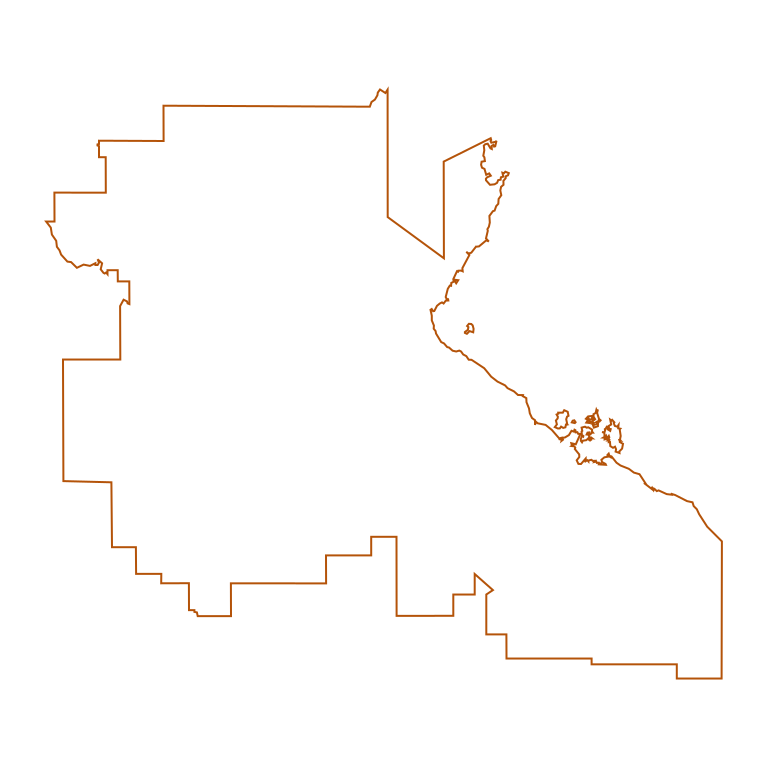 the district of Roper Gulf, Northern Territory, Australia
{"feature_id": "25037944B80645640934935", "entity_name": "Roper Gulf", "entity_type": "district", "adm_level": 2, "iso_a3": "AUS", "parent_name": "Australia", "parent_adm1": "Northern Territory", "projection": "robinson", "projection_center": [136.103, -15.306], "detail": "fine", "context": "isolated", "style": "outline", "palette": "amber", "viewbox_px": 768, "rotation_deg": 0, "n_neighbors": 0, "source": "geoboundaries", "source_scale": "gbopen_adm2", "svg_char_len": 6104}
<svg xmlns="http://www.w3.org/2000/svg" viewBox="0 0 768 768"><path d="M721.9,541.4L707.2,526.7L699.2,514.3L696.8,509.2L693.7,506.1L692.5,502.3L687.0,501.1L675.1,495.0L670.7,493.6L673.2,494.9L666.7,494.1L658.6,490.4L656.8,491.1L654.4,488.8L650.9,487.4L653.0,488.7L653.5,489.5L653.9,489.5L653.6,490.2L652.8,488.8L652.7,489.7L644.0,483.0L645.6,483.5L639.5,474.2L633.9,472.6L628.8,468.8L620.5,465.5L616.5,462.7L611.5,456.4L610.9,456.0L611.8,457.2L611.1,456.7L611.0,457.4L609.7,456.7L608.7,453.6L607.4,455.0L607.9,456.7L604.4,457.3L601.4,459.8L602.1,462.1L605.5,463.9L605.9,464.8L600.5,464.5L600.9,463.5L599.2,463.1L599.0,463.8L598.7,464.0L598.6,462.7L596.8,462.9L596.3,461.6L594.3,462.0L595.1,460.8L592.8,460.9L591.4,459.8L588.4,460.5L588.4,461.4L587.3,460.2L584.5,462.0L585.8,460.7L585.7,458.5L581.0,464.0L578.4,463.9L576.7,460.3L579.3,457.0L579.2,454.4L574.8,449.0L575.3,447.8L574.4,446.4L571.5,446.0L573.0,444.8L571.6,444.4L571.3,443.2L575.8,444.3L580.4,433.9L578.2,433.9L577.4,432.2L575.7,432.4L575.4,430.2L574.5,429.7L573.8,431.6L571.5,430.8L568.9,435.1L564.9,437.5L562.0,437.8L563.0,439.7L561.6,440.8L561.9,439.7L559.9,439.3L560.7,438.0L559.2,438.4L551.9,430.0L545.6,424.9L537.7,423.3L536.0,421.8L535.0,424.9L535.0,420.2L532.0,418.0L529.8,413.3L529.0,408.4L526.5,402.2L526.3,398.1L522.7,396.1L523.0,395.1L518.0,395.0L514.0,391.4L507.6,388.2L505.1,385.4L497.5,381.6L491.2,376.7L484.2,368.2L471.5,359.8L468.7,359.7L466.3,356.1L463.2,354.5L461.1,351.5L459.3,350.6L456.2,351.5L452.6,350.7L449.0,347.5L447.2,347.1L444.0,343.4L441.2,342.1L436.0,333.5L435.6,331.1L433.7,328.7L433.9,325.5L431.8,320.4L431.8,315.7L430.5,309.8L431.7,309.0L433.1,311.2L434.3,311.0L437.0,305.8L439.8,303.5L442.0,302.4L443.6,303.5L445.8,300.6L448.3,300.5L448.1,299.2L446.7,299.0L445.7,297.0L447.8,288.8L449.8,285.6L451.1,285.8L451.3,282.9L453.7,281.7L453.3,279.1L457.0,271.2L458.0,271.7L458.3,270.7L461.1,270.6L462.7,271.3L462.4,268.1L469.4,255.0L466.3,251.8L468.6,253.5L471.3,252.7L476.5,246.0L476.2,246.7L479.0,246.4L486.3,240.3L488.8,241.5L486.0,238.4L487.8,230.8L487.4,229.2L488.9,226.7L489.8,222.6L489.4,215.9L492.9,211.2L494.6,210.6L496.2,206.1L498.3,203.8L498.6,199.0L501.3,195.2L500.3,190.5L501.1,186.8L503.5,184.8L503.4,180.9L505.7,178.1L505.7,176.3L508.0,175.3L508.8,173.1L505.3,171.7L504.0,173.2L502.4,172.7L503.3,176.6L500.9,177.3L500.6,179.7L498.2,180.1L497.1,182.8L494.6,184.3L490.0,184.8L486.0,180.3L485.9,178.8L487.1,177.3L490.8,175.7L489.2,173.4L486.2,174.8L484.5,168.9L482.0,167.7L481.1,164.8L481.6,161.7L484.9,161.1L484.4,157.3L483.3,155.8L484.3,150.3L483.8,145.6L485.3,144.2L487.7,143.7L490.5,148.4L491.8,149.0L491.6,145.9L493.4,144.9L494.1,146.6L495.2,146.3L496.5,140.8L495.6,141.8L491.3,142.7L490.5,141.0L491.2,140.0L490.7,138.2L443.7,161.6L443.9,258.3L387.7,217.1L387.6,89.6L385.4,93.0L380.0,89.5L377.8,92.6L377.4,95.3L374.9,99.6L371.5,102.0L369.8,106.7L163.5,105.7L163.6,141.0L99.0,140.7L99.0,144.0L97.5,144.4L97.5,145.5L99.0,146.1L99.0,157.2L105.7,157.2L105.8,192.7L54.4,192.6L54.5,221.5L46.1,221.5L50.8,227.6L51.9,234.6L56.2,240.8L56.9,246.8L59.5,250.3L61.1,254.6L67.4,261.6L71.1,262.1L76.9,267.8L83.6,264.6L90.0,265.9L95.4,263.2L95.4,265.0L97.6,265.0L99.0,262.6L97.6,259.3L102.1,263.3L100.7,269.3L103.5,272.9L104.7,273.5L106.1,272.5L107.5,274.2L107.5,270.2L117.7,270.2L117.8,281.4L129.3,281.4L129.4,304.1L127.6,303.4L127.0,301.4L123.6,299.7L120.1,306.1L120.3,359.5L63.0,359.5L63.4,481.1L111.4,482.3L112.0,547.2L135.9,547.2L136.1,573.9L161.3,573.9L161.2,583.3L188.9,583.2L189.0,610.1L194.4,610.1L194.4,611.9L196.9,612.4L197.7,616.1L231.0,616.1L230.9,583.3L326.1,583.4L326.0,555.4L371.2,555.4L371.2,536.8L396.5,536.8L396.6,615.9L453.3,615.8L453.3,594.5L474.7,594.5L474.7,574.0L492.9,590.1L486.3,594.5L486.3,634.4L506.4,634.4L506.5,658.5L591.6,658.5L591.6,664.3L676.8,664.3L676.8,678.5L721.6,678.5L721.9,541.4ZM604.6,439.4L606.2,439.0L605.3,436.6L606.1,435.6L607.1,438.2L608.8,435.9L609.3,437.3L608.3,439.1L609.0,439.5L607.8,440.6L609.2,440.7L608.8,442.2L610.0,442.1L610.3,446.1L613.0,447.8L615.0,446.7L616.1,449.3L615.6,451.6L619.5,453.0L619.3,451.5L622.1,448.6L623.0,443.8L619.9,442.1L620.1,440.7L619.6,440.8L619.4,440.2L620.4,440.4L619.9,439.9L620.7,436.0L619.7,429.4L620.3,428.7L618.2,428.3L618.5,425.0L617.3,426.7L614.8,425.9L613.7,422.9L614.3,422.3L612.2,419.9L611.6,420.6L610.2,419.6L611.2,424.5L608.6,426.0L609.1,428.7L610.7,429.1L610.2,430.9L607.8,429.4L608.0,427.3L606.8,426.7L605.5,429.0L604.1,429.3L605.3,429.6L604.5,432.3L602.1,432.0L604.4,432.9L604.5,436.9L603.3,437.6L604.8,437.7L604.6,439.4ZM568.5,415.8L567.7,411.8L564.2,410.2L562.8,412.7L558.2,412.7L558.3,413.7L556.6,414.5L557.9,416.8L557.6,418.5L555.9,420.5L556.9,424.4L554.8,427.1L557.9,428.5L559.8,428.4L561.1,426.6L563.2,427.9L565.4,427.3L565.9,424.9L567.1,424.6L566.4,424.1L567.1,423.5L566.2,419.2L567.1,416.6L568.5,415.8ZM585.0,426.7L581.6,427.6L582.3,430.9L581.6,431.5L581.8,434.0L581.0,434.4L583.4,436.0L583.2,436.7L582.0,435.9L580.8,438.9L580.9,440.9L582.0,442.3L582.8,440.7L586.2,440.2L589.4,437.4L588.7,434.8L586.6,434.5L587.5,432.6L589.3,432.4L589.1,434.0L590.4,434.4L591.6,432.8L593.0,432.7L592.0,431.4L592.1,429.6L588.3,427.3L586.7,427.7L585.0,426.7ZM596.9,422.9L598.3,422.4L598.6,420.8L599.6,421.4L600.6,420.3L599.0,418.9L597.1,412.9L597.9,409.5L597.0,411.0L596.4,409.7L595.6,413.0L593.5,414.2L593.6,416.8L595.1,419.2L592.6,421.2L592.4,422.2L593.7,422.9L592.2,423.8L594.6,424.7L593.0,425.2L593.9,427.6L597.9,426.2L598.0,423.3L597.3,423.7L595.8,422.5L596.7,421.9L596.9,422.9ZM464.9,332.9L466.9,333.8L469.6,331.1L473.2,332.3L473.6,328.9L472.7,325.4L471.3,324.0L468.9,323.8L467.1,326.0L468.4,327.1L467.9,329.8L464.9,332.0L464.9,332.9ZM593.0,417.3L592.0,417.8L592.7,415.9L588.1,416.4L585.9,418.8L586.8,419.3L588.4,418.1L589.2,419.4L592.9,419.6L593.0,417.3ZM586.3,422.6L589.6,423.0L591.0,422.0L587.7,420.4L586.3,422.6ZM455.0,281.5L456.2,283.3L458.2,280.2L455.2,279.8L455.0,281.5ZM571.8,422.4L574.8,423.1L575.6,422.2L574.3,420.3L572.7,420.7L571.8,422.4ZM590.5,440.2L591.2,439.7L590.8,438.2L592.2,438.3L591.0,437.4L588.8,437.9L588.9,439.7L589.6,440.2L590.2,439.1L590.5,440.2Z" fill="none" stroke="#b45309" stroke-width="2"/></svg>